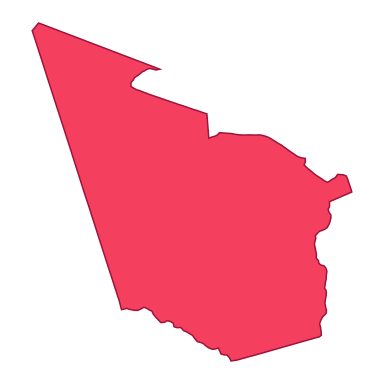 Sátiro Dias, Bahia, Brazil
{"feature_id": "56859067B46846064360642", "entity_name": "Sátiro Dias", "entity_type": "district", "adm_level": 2, "iso_a3": "BRA", "parent_name": "Brazil", "parent_adm1": "Bahia", "projection": "mercator", "projection_center": [-38.535, -11.555], "detail": "fine", "context": "isolated", "style": "filled", "palette": "rose", "viewbox_px": 384, "rotation_deg": 0, "n_neighbors": 0, "source": "geoboundaries", "source_scale": "gbopen_adm2", "svg_char_len": 2437}
<svg xmlns="http://www.w3.org/2000/svg" viewBox="0 0 384 384"><path d="M231.1,361.0L236.8,360.1L250.8,356.2L253.6,355.5L313.9,338.3L319.5,336.8L321.4,335.1L321.1,331.2L320.5,327.2L319.6,323.8L320.9,320.1L322.6,316.9L324.5,315.1L326.2,313.1L326.5,310.3L325.6,307.0L324.9,303.2L325.5,298.9L326.2,295.4L326.4,292.9L326.1,290.4L324.6,288.4L325.0,285.6L325.5,282.0L326.1,279.5L326.4,275.2L326.9,271.1L325.7,267.8L324.1,265.9L321.0,265.0L318.9,263.4L318.5,260.7L316.2,258.0L316.5,254.6L316.0,252.2L315.3,248.4L314.4,244.2L315.1,240.9L315.8,238.3L315.3,235.8L317.4,233.3L319.6,231.2L322.3,230.4L324.6,229.3L327.1,227.7L329.1,224.1L330.3,220.7L330.9,217.7L330.9,214.9L329.0,212.3L328.2,209.3L329.5,206.6L329.6,204.1L329.5,201.7L351.8,192.0L351.0,189.2L349.9,185.8L348.7,182.4L347.8,179.6L346.3,176.0L343.6,174.9L341.1,174.6L337.6,174.4L335.4,177.6L331.6,179.6L329.5,181.2L327.3,182.3L324.4,180.8L321.9,179.0L318.9,177.0L316.6,175.6L314.4,174.0L312.5,172.4L310.7,170.8L308.7,169.2L306.6,167.4L304.1,164.9L305.4,161.9L305.3,158.4L301.9,157.9L299.5,157.2L296.7,156.0L294.5,154.4L291.8,152.6L288.7,150.4L285.4,148.0L283.0,146.3L281.0,144.8L278.4,143.5L275.3,141.5L271.9,139.3L269.3,137.8L266.9,136.7L264.1,135.8L261.6,135.2L259.0,134.9L256.0,135.0L252.5,135.0L249.3,134.9L245.9,135.0L242.7,135.0L238.9,134.8L235.1,134.3L231.1,133.5L219.4,132.7L217.5,134.9L214.9,136.2L211.9,137.0L208.8,138.2L206.9,113.9L204.5,113.1L201.8,112.2L198.5,111.0L195.4,110.0L192.9,109.3L190.1,108.3L186.7,107.1L182.7,105.7L178.1,104.3L175.1,103.2L171.7,102.1L149.7,94.5L140.3,90.9L136.9,89.8L133.9,88.3L131.0,86.6L131.0,82.6L133.3,80.0L134.5,77.6L137.1,76.0L139.9,73.9L142.2,71.9L144.4,70.9L147.1,69.2L149.7,68.5L152.6,69.1L156.0,70.0L159.8,69.2L38.6,23.0L32.2,30.7L36.5,43.8L38.6,50.4L41.4,59.0L50.7,88.1L69.3,145.6L85.3,195.9L87.4,202.1L88.3,204.8L90.3,211.0L91.0,213.3L109.7,271.5L110.9,275.0L117.6,295.9L119.0,300.0L121.5,309.7L124.2,309.1L126.8,308.4L129.7,309.4L134.5,310.3L137.8,310.4L140.7,309.1L144.0,307.2L147.3,308.7L149.7,310.2L151.9,311.1L153.3,314.2L156.1,317.6L158.9,320.5L161.0,322.6L164.5,322.3L167.0,320.8L170.2,321.4L173.2,323.2L174.1,326.8L177.2,327.7L180.7,327.5L183.7,330.7L186.7,331.9L189.7,333.7L192.6,335.5L194.6,338.4L197.3,341.6L200.6,342.5L203.1,343.4L205.8,345.8L208.9,348.0L212.5,349.3L215.4,349.0L218.3,348.0L219.6,350.8L220.9,353.9L223.8,354.8L227.2,355.1L229.5,357.9L231.1,361.0Z" fill="#f43f5e" stroke="#9f1239" stroke-width="1.5"/></svg>